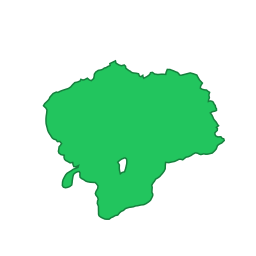 the district of São Pedro, São Paulo, Brazil, rotated 54°
{"feature_id": "56859067B92342364496161", "entity_name": "São Pedro", "entity_type": "district", "adm_level": 2, "iso_a3": "BRA", "parent_name": "Brazil", "parent_adm1": "São Paulo", "projection": "equal_earth", "projection_center": [-47.917, -22.558], "detail": "fine", "context": "isolated", "style": "filled", "palette": "green", "viewbox_px": 256, "rotation_deg": 54, "n_neighbors": 0, "source": "geoboundaries", "source_scale": "gbopen_adm2", "svg_char_len": 3538}
<svg xmlns="http://www.w3.org/2000/svg" viewBox="0 0 256 256"><g transform="rotate(54 128 128)"><path d="M74.8,94.0L73.7,96.8L71.6,98.3L68.5,99.6L66.3,98.7L65.8,101.5L65.2,104.8L67.0,105.7L66.4,108.2L66.3,110.2L65.6,111.9L65.6,114.2L65.0,116.0L63.9,118.2L63.8,121.3L64.7,123.6L66.2,124.9L67.8,126.7L68.1,129.9L66.5,131.0L63.8,131.6L63.4,134.6L62.7,136.3L60.9,137.5L61.8,139.1L61.1,142.0L60.0,144.3L60.4,147.3L61.1,150.1L61.0,152.9L59.7,156.9L58.9,159.4L58.4,161.4L58.0,163.8L56.8,164.9L56.1,168.3L57.1,172.9L58.4,175.1L58.9,177.8L59.3,181.0L60.3,183.3L61.7,183.1L63.5,182.7L65.8,183.0L68.2,185.1L69.9,186.8L71.1,187.9L72.4,189.0L74.5,190.5L76.2,191.6L77.5,192.2L79.0,192.8L80.6,193.4L82.2,194.1L84.4,194.7L86.5,194.9L87.9,194.9L90.1,195.1L91.8,195.1L93.5,194.5L95.1,193.2L97.5,193.1L98.9,191.0L101.6,190.9L102.3,192.9L102.7,194.8L104.4,196.4L105.9,198.0L107.7,198.6L110.1,197.9L112.5,195.7L114.1,197.0L115.9,197.7L117.6,197.5L119.8,196.4L122.2,195.3L123.4,193.0L125.1,193.9L127.4,194.5L128.8,192.9L129.3,190.1L130.5,191.7L129.9,194.2L129.2,196.4L129.2,199.1L129.0,201.3L128.8,203.9L129.3,206.0L130.1,207.8L130.9,209.4L131.7,210.9L133.2,212.7L135.9,214.9L137.9,215.0L139.6,213.7L140.5,211.8L141.1,209.6L141.0,207.0L139.3,205.3L138.0,204.2L136.6,202.8L135.0,201.2L133.5,199.2L133.3,197.0L133.7,194.5L134.6,193.1L136.1,193.2L137.9,194.7L139.8,195.7L141.6,195.3L143.5,194.3L144.9,193.8L146.3,193.3L147.7,192.3L149.6,190.5L151.5,188.2L152.8,186.6L154.6,186.3L157.2,186.3L159.1,188.0L160.5,191.1L161.8,192.9L163.3,193.4L166.1,193.3L168.2,194.0L169.1,195.5L171.0,197.2L173.9,197.9L177.0,200.1L178.9,201.4L180.4,202.5L181.9,203.0L183.6,202.6L185.2,201.9L186.6,201.1L188.1,200.2L189.2,198.9L190.7,196.8L190.6,194.3L191.1,192.4L191.3,189.9L192.4,187.5L191.6,184.5L191.5,182.5L192.0,180.1L191.7,177.3L192.9,173.7L194.1,171.5L194.9,169.9L195.5,167.7L196.6,165.8L197.8,162.9L199.3,160.3L199.8,157.7L199.9,154.6L199.7,152.3L198.4,149.7L197.3,147.8L196.0,146.8L194.1,146.5L192.0,144.8L190.2,143.3L188.2,142.4L187.2,140.0L186.6,137.9L185.6,135.7L185.9,132.9L185.9,130.8L185.4,128.8L185.0,126.9L184.1,124.1L182.9,121.9L180.3,119.9L177.9,117.8L180.0,115.4L181.1,112.8L182.4,110.0L182.9,107.6L183.3,105.1L184.4,103.6L185.9,102.4L185.8,100.5L185.7,98.2L186.7,96.1L187.3,93.1L187.3,90.9L187.7,88.1L189.4,86.4L190.8,85.8L192.3,84.7L193.4,81.9L195.0,80.4L196.1,78.7L197.8,74.5L197.4,71.3L196.8,68.9L194.8,66.0L194.7,64.0L195.2,60.9L194.7,57.5L193.0,56.9L191.8,57.9L189.7,58.0L188.0,60.6L185.9,61.7L184.3,61.4L182.9,60.5L182.4,57.2L181.1,56.0L179.4,56.1L179.4,53.4L177.7,53.5L175.2,53.2L171.4,53.5L168.4,52.8L166.5,52.5L164.2,52.6L164.4,50.1L165.4,47.9L165.8,46.1L164.4,45.1L163.0,45.1L161.1,44.2L158.7,44.2L157.3,43.8L155.8,44.3L154.4,45.6L153.8,47.4L152.6,46.3L151.4,44.4L148.8,43.2L147.1,41.0L144.9,41.9L143.5,42.1L141.9,43.9L140.0,45.4L138.3,46.1L136.6,44.4L135.4,41.4L133.0,41.7L131.2,41.9L128.1,41.6L125.6,41.2L122.6,43.2L120.0,45.3L116.5,54.2L115.3,55.2L113.7,55.0L112.0,55.4L110.6,56.4L108.6,57.5L106.7,58.8L105.4,59.6L103.7,61.8L105.4,64.5L106.8,66.0L105.2,67.9L103.9,69.7L102.3,72.4L99.9,74.8L97.4,75.5L96.5,77.2L97.5,79.0L97.6,82.1L97.0,86.0L95.5,85.8L94.1,85.1L94.1,87.4L92.7,88.2L90.3,87.6L88.4,89.3L86.7,91.2L85.2,92.4L83.4,92.8L82.1,93.5L79.9,94.2L78.4,94.6L76.6,93.7L74.8,94.0ZM155.4,158.7L152.8,156.7L149.6,156.4L149.3,153.7L149.4,151.3L150.3,148.0L151.9,147.4L153.5,148.0L154.9,149.0L156.2,150.1L157.7,151.8L159.6,154.0L161.4,156.5L160.5,159.0L160.5,161.1L157.5,159.9L155.4,158.7Z" fill="#22c55e" stroke="#15803d" stroke-width="1.5"/></g></svg>